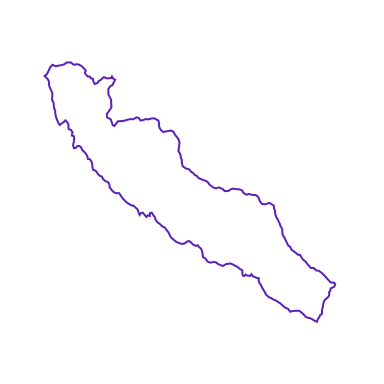 Chapada de Areia, Tocantins, Brazil (Equal Earth projection), rotated 170°
{"feature_id": "56859067B55527615433818", "entity_name": "Chapada de Areia", "entity_type": "district", "adm_level": 2, "iso_a3": "BRA", "parent_name": "Brazil", "parent_adm1": "Tocantins", "projection": "equal_earth", "projection_center": [-49.195, -10.166], "detail": "fine", "context": "isolated", "style": "outline", "palette": "violet", "viewbox_px": 384, "rotation_deg": 170, "n_neighbors": 0, "source": "geoboundaries", "source_scale": "gbopen_adm2", "svg_char_len": 4088}
<svg xmlns="http://www.w3.org/2000/svg" viewBox="0 0 384 384"><g transform="rotate(170 192 192)"><path d="M247.6,178.5L245.9,180.1L244.1,180.2L242.6,177.5L241.2,175.3L239.6,176.7L237.7,175.7L237.2,178.5L235.2,178.6L234.2,176.1L232.9,173.5L232.7,170.9L231.3,168.2L229.4,166.3L227.1,163.1L225.0,161.8L223.7,159.2L222.1,156.1L221.3,153.0L220.6,151.0L217.7,147.4L215.9,145.4L214.0,144.2L211.7,142.9L209.6,142.5L207.6,142.8L205.3,144.2L203.2,144.1L201.5,142.2L200.2,140.2L197.5,138.2L195.6,138.6L194.7,136.6L192.9,134.7L192.3,131.2L192.4,125.9L190.2,124.0L188.9,121.0L187.1,119.6L185.0,119.1L182.8,119.4L180.5,118.5L178.9,116.5L177.2,115.5L174.6,113.8L172.4,114.6L170.8,115.1L168.9,115.0L166.4,114.9L164.5,113.6L162.4,112.0L160.3,110.4L158.4,108.2L156.1,106.1L156.6,103.1L156.4,100.9L155.0,100.2L153.6,101.4L152.2,100.1L149.4,99.3L147.8,100.7L146.9,98.6L144.9,97.3L142.8,95.9L141.2,95.6L141.8,92.5L141.2,90.3L140.1,87.9L139.5,85.4L137.9,81.4L136.8,77.9L134.4,74.9L132.6,73.9L130.5,72.0L128.2,70.5L125.6,68.1L123.8,66.4L122.6,64.5L121.3,63.0L119.8,61.4L118.0,60.6L116.0,57.0L114.1,57.3L111.1,57.1L108.6,56.7L106.8,56.2L104.9,54.1L103.0,51.6L101.8,49.4L100.1,48.2L97.8,47.4L95.7,45.8L93.7,44.0L91.5,42.5L90.4,44.6L88.5,46.5L87.2,48.5L85.2,49.4L84.4,53.4L82.8,56.8L81.8,60.0L80.2,62.6L77.9,63.8L75.8,65.2L74.5,67.2L74.5,69.4L73.0,70.6L72.3,72.9L69.9,73.6L68.4,74.0L67.0,76.1L67.7,78.0L71.0,78.8L73.4,82.3L75.9,86.5L78.9,90.5L80.7,92.3L83.5,93.3L85.3,96.0L88.1,96.5L89.4,98.7L91.0,101.2L92.1,103.6L94.3,106.0L95.8,109.2L96.5,111.4L98.4,111.7L100.1,113.8L104.1,118.0L104.8,120.9L106.4,122.3L107.4,125.7L109.2,131.9L110.2,134.0L110.0,137.3L109.6,140.1L110.8,143.2L111.2,146.0L112.6,150.9L113.5,152.9L113.8,156.2L113.5,158.8L114.0,161.5L113.7,164.3L115.9,166.3L117.6,167.8L122.4,167.2L124.9,167.9L126.0,169.5L126.9,171.7L127.2,173.8L128.1,176.4L129.8,177.9L131.8,178.4L133.7,178.9L136.4,180.2L138.7,179.8L141.6,182.3L142.2,184.7L145.0,186.4L149.3,187.5L151.1,188.3L153.4,187.9L156.1,186.7L159.7,187.2L161.0,189.3L164.5,191.8L167.7,191.4L170.3,192.8L173.5,196.2L174.6,198.7L176.2,200.4L177.9,201.3L180.6,202.9L183.1,204.5L184.6,207.2L186.3,208.2L187.5,210.4L189.4,212.1L190.9,214.8L193.9,216.2L196.7,219.0L196.9,222.4L196.5,225.5L196.9,227.7L197.0,231.5L198.3,234.8L197.2,237.8L196.5,240.4L195.7,242.8L196.0,245.9L197.0,248.2L198.5,250.7L200.0,254.8L202.0,256.2L204.4,256.2L207.5,256.2L209.9,256.1L211.3,257.6L212.7,260.2L213.0,263.1L212.4,265.6L212.7,268.2L216.4,271.1L218.7,271.4L220.9,271.3L222.7,271.1L224.8,271.9L227.7,271.3L230.2,271.3L231.7,274.3L233.8,275.1L237.1,273.9L240.5,274.5L243.6,274.3L247.4,273.9L252.7,274.5L257.1,270.5L258.5,271.7L259.4,277.7L262.6,280.1L262.4,283.6L259.9,285.9L256.6,289.5L255.7,297.2L257.4,302.7L256.4,308.2L253.9,310.5L251.6,311.2L250.4,313.1L248.2,315.8L250.0,317.4L250.8,319.7L252.0,318.2L256.2,318.7L258.9,320.5L262.6,318.1L264.7,317.5L266.0,315.8L269.1,315.3L270.0,318.3L269.9,320.6L271.7,321.5L272.7,323.5L274.4,323.7L276.3,326.2L276.7,328.3L275.5,329.9L277.2,332.9L278.9,335.3L281.9,337.5L284.0,337.9L286.6,337.9L288.7,340.6L293.0,341.3L295.6,339.9L299.8,339.5L301.7,339.7L304.1,339.4L307.4,341.5L310.2,339.2L314.2,333.4L317.0,331.8L314.5,328.3L313.7,325.9L314.0,323.9L314.2,321.6L313.6,318.5L312.4,313.9L312.8,311.2L313.9,307.3L312.8,304.0L313.3,298.8L312.6,295.8L313.0,293.3L312.9,289.3L312.3,286.4L311.5,282.9L310.6,281.0L309.1,281.8L306.3,283.1L304.3,284.6L302.8,282.5L302.0,280.3L302.3,277.9L302.6,275.3L300.5,274.3L299.3,271.6L300.6,268.5L298.6,267.4L298.7,265.3L299.6,262.3L301.0,258.6L300.8,255.7L299.0,255.5L297.1,257.1L295.4,257.0L293.6,255.6L292.8,252.4L291.3,250.5L290.0,248.4L288.9,245.7L288.7,242.5L286.8,242.0L285.8,239.7L285.4,236.9L285.8,233.7L285.4,230.9L283.4,229.9L282.4,228.2L281.3,225.5L279.8,223.8L278.2,223.0L277.2,220.0L275.3,217.6L273.3,216.6L272.0,214.2L272.3,211.0L271.0,208.3L270.0,206.6L268.4,204.8L265.9,203.8L263.9,203.5L262.6,200.5L261.2,197.3L260.0,195.8L258.8,193.9L257.4,192.2L255.3,190.6L254.0,189.2L252.1,188.8L250.6,186.9L248.6,184.2L248.2,181.6L247.6,178.5Z" fill="none" stroke="#5b21b6" stroke-width="2"/></g></svg>